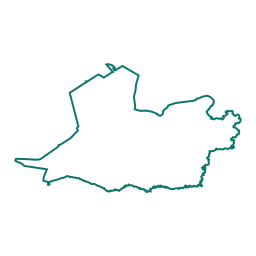 Smiltene, Smiltenes, Latvia
{"feature_id": "27541924B48400059741255", "entity_name": "Smiltene", "entity_type": "district", "adm_level": 2, "iso_a3": "LVA", "parent_name": "Latvia", "parent_adm1": "Smiltenes", "projection": "natural_earth1", "projection_center": [25.912, 57.423], "detail": "fine", "context": "isolated", "style": "outline", "palette": "teal", "viewbox_px": 256, "rotation_deg": 0, "n_neighbors": 0, "source": "geoboundaries", "source_scale": "gbopen_adm2", "svg_char_len": 5981}
<svg xmlns="http://www.w3.org/2000/svg" viewBox="0 0 256 256"><path d="M103.2,188.3L103.8,188.5L104.1,188.3L104.8,189.3L106.4,190.3L106.4,190.5L106.9,191.0L107.3,191.2L107.7,191.1L108.3,191.4L108.8,191.4L108.6,191.0L109.0,190.9L110.0,191.0L110.9,190.6L111.8,191.0L112.2,190.6L114.2,190.4L114.6,190.3L114.5,190.0L115.2,189.3L116.1,189.7L116.4,190.1L118.1,190.1L118.1,190.3L119.2,190.9L119.4,190.7L119.4,190.3L120.7,189.7L120.8,189.2L122.0,188.6L122.5,187.9L124.2,187.5L125.1,187.0L125.2,186.8L124.1,186.7L124.3,186.3L124.8,186.3L125.0,185.8L126.4,185.3L126.7,185.5L126.7,185.8L128.3,185.5L128.6,184.7L129.4,185.2L132.3,185.4L133.4,186.2L133.6,186.7L134.3,186.4L135.1,186.5L137.2,187.0L137.6,187.6L139.4,188.0L139.4,188.5L139.7,188.8L140.6,188.4L141.0,188.6L140.7,188.9L140.8,189.0L141.3,188.9L141.7,189.2L142.5,189.3L143.3,189.1L143.3,189.3L144.5,189.7L144.6,190.3L144.7,190.5L145.5,190.2L145.8,190.5L145.6,190.6L145.8,190.7L146.7,190.9L146.5,191.7L147.2,191.6L147.7,191.9L148.1,191.4L148.7,191.2L149.3,191.1L149.8,191.2L149.5,190.8L149.5,190.6L150.6,190.6L150.6,189.5L150.4,188.9L151.3,189.0L151.9,188.4L153.2,188.2L153.1,187.2L154.2,187.3L154.3,187.2L154.1,186.8L154.3,186.4L154.9,186.4L155.1,187.7L155.7,187.8L156.0,187.6L155.8,187.2L157.7,186.5L158.0,186.2L157.9,185.8L158.1,185.7L158.8,186.4L158.4,186.5L158.7,187.0L159.1,186.7L159.4,186.3L160.3,186.7L160.5,185.7L161.3,185.9L161.8,186.6L162.7,186.5L163.0,187.1L164.0,186.7L164.5,186.8L164.6,187.3L165.2,187.6L165.4,187.5L165.4,186.9L165.7,186.7L167.5,187.4L167.4,187.8L167.7,187.9L168.4,187.8L168.6,188.3L170.5,188.9L171.6,188.9L172.3,189.2L172.8,188.9L173.7,189.0L175.3,188.4L178.1,188.3L178.5,188.8L179.6,187.8L180.0,188.2L181.1,187.9L181.8,188.0L182.3,187.7L182.7,188.0L183.4,188.0L184.6,187.0L184.8,186.3L185.4,185.6L186.1,185.7L186.0,186.2L186.2,186.5L186.7,186.4L186.9,186.7L186.2,187.0L186.2,187.4L187.2,187.4L187.6,187.2L188.9,187.2L189.1,187.0L188.5,186.5L188.7,186.1L189.6,185.6L190.7,186.4L191.4,186.5L191.8,187.0L192.5,186.8L193.6,185.8L196.3,186.7L196.6,186.3L197.3,186.3L198.0,185.7L198.6,185.8L198.8,185.6L198.2,185.0L198.4,184.8L200.7,185.5L201.0,186.0L201.9,186.0L201.8,185.3L200.8,184.1L200.0,183.8L200.4,183.3L200.1,182.9L200.3,182.6L200.9,182.5L201.3,182.1L200.5,181.5L200.4,181.0L201.1,180.5L202.2,180.3L202.6,179.3L202.6,178.5L201.6,178.1L201.3,176.7L201.8,176.2L202.1,175.3L202.5,175.1L203.5,175.2L203.8,175.0L203.2,174.1L203.3,173.8L203.0,173.7L202.9,173.4L203.2,173.1L205.0,172.6L205.2,172.3L204.8,170.8L205.3,170.0L205.0,169.7L203.1,169.5L202.9,169.1L203.4,168.6L203.5,168.1L202.3,168.3L202.1,167.9L202.7,167.6L202.9,166.9L203.3,166.7L203.6,166.7L204.9,168.1L205.4,168.0L205.1,167.0L204.4,166.4L204.3,165.8L205.0,165.3L206.0,164.9L208.3,164.7L208.8,164.1L208.9,163.9L208.7,162.7L208.7,161.0L208.5,160.3L209.0,159.8L209.0,159.5L207.8,158.9L207.1,158.2L207.6,157.3L209.1,156.5L209.2,156.3L208.8,155.6L209.0,154.2L209.2,153.6L209.9,153.1L210.1,152.7L210.0,152.3L209.5,151.5L209.6,151.2L209.9,151.1L210.5,151.2L211.6,151.0L212.7,151.1L214.0,150.8L215.6,149.8L216.2,148.7L216.5,148.6L217.2,149.3L220.5,149.1L221.4,149.4L222.2,149.2L223.1,149.4L225.0,148.3L227.9,149.0L229.9,148.0L231.9,148.5L232.9,147.8L233.9,147.6L234.0,146.9L233.8,146.7L231.6,146.5L231.2,146.2L231.5,145.7L233.0,145.2L233.2,144.9L233.5,143.8L233.9,143.3L234.1,142.7L233.7,141.7L234.2,140.5L233.7,140.1L233.3,140.0L231.8,140.4L231.3,140.3L231.1,138.9L233.3,137.1L234.7,137.5L235.6,137.1L236.0,136.4L237.0,135.3L236.8,134.6L237.9,134.5L238.9,134.0L239.3,133.3L239.2,132.9L238.6,132.0L239.1,130.5L238.9,130.3L238.6,130.4L237.7,130.0L237.5,129.3L236.2,128.2L233.5,127.1L233.5,126.0L235.5,124.7L235.5,124.3L235.2,123.9L235.4,123.6L236.2,123.4L236.8,122.8L237.1,122.7L238.7,123.2L239.9,122.0L240.5,121.1L240.6,119.3L240.5,118.8L238.8,118.5L238.7,118.3L239.4,117.0L239.4,116.3L239.0,115.5L238.1,114.5L237.2,114.6L235.8,115.7L235.1,115.9L234.4,115.7L234.1,114.9L232.7,114.0L232.4,113.5L232.8,112.9L232.7,111.8L232.1,110.9L231.7,110.9L230.6,111.3L229.2,111.2L227.3,110.8L225.8,111.7L225.6,112.1L226.0,113.0L227.5,113.3L227.5,113.9L226.6,114.9L225.2,115.7L223.0,116.1L222.9,116.5L224.0,117.7L222.5,119.5L221.9,119.4L221.2,118.5L220.7,118.4L220.0,118.5L219.4,118.9L218.2,118.7L217.3,118.2L216.0,118.2L215.3,118.5L214.3,119.3L211.0,118.6L211.9,117.3L210.0,116.4L208.4,115.0L206.8,112.4L206.7,111.8L206.9,111.2L207.9,110.2L208.3,110.1L208.4,109.6L208.8,108.9L209.9,108.1L210.7,106.2L210.9,105.9L212.3,105.7L212.5,105.4L212.5,104.4L213.1,104.1L213.5,103.5L213.7,102.1L214.0,101.6L213.2,99.7L210.7,97.3L208.6,96.2L208.1,96.2L207.7,95.9L206.8,95.7L205.9,96.1L204.0,96.3L201.6,97.0L199.6,98.1L196.6,98.8L196.2,99.1L196.1,99.6L195.8,99.8L194.2,100.5L192.6,100.9L175.7,103.0L168.4,105.4L167.1,107.7L164.9,109.2L163.0,111.2L163.1,113.1L162.7,114.2L160.2,115.8L158.3,115.2L157.5,113.9L156.7,114.1L155.8,113.2L151.7,111.7L147.0,110.7L140.0,110.8L134.7,109.2L135.1,105.8L133.9,96.8L135.6,89.8L135.9,85.2L138.6,75.4L122.4,66.0L114.9,70.5L114.1,69.8L113.8,69.3L113.9,69.1L114.7,68.3L114.9,67.9L114.8,67.7L113.4,67.9L113.6,66.8L113.4,66.3L113.1,65.9L110.5,64.6L108.3,64.4L107.7,64.1L106.4,64.5L112.9,72.0L111.9,72.4L103.8,77.6L100.4,75.5L98.3,74.5L87.1,81.6L86.6,81.5L86.8,81.8L69.7,92.8L78.3,126.1L78.4,126.6L77.2,127.5L76.9,128.4L77.8,130.6L70.5,138.2L60.4,144.6L58.7,145.2L59.0,145.6L57.2,147.4L40.5,159.1L37.8,159.7L36.2,159.7L25.8,159.1L16.8,158.8L15.8,159.0L15.4,160.9L21.6,163.6L23.4,165.0L24.3,165.9L46.9,169.3L43.8,176.9L43.3,180.5L45.5,181.4L48.4,182.0L47.9,184.7L49.1,184.9L49.4,184.7L49.2,183.7L49.2,182.9L49.8,182.2L50.8,181.4L58.6,179.2L61.7,178.0L63.0,177.7L63.4,178.0L66.6,176.3L67.7,176.1L68.8,176.4L70.1,177.2L71.0,176.9L72.3,177.0L73.2,177.5L74.1,177.7L75.4,177.5L76.7,178.1L78.3,178.0L79.4,178.4L79.8,179.0L81.0,179.1L81.8,180.0L83.3,180.4L83.6,180.8L84.0,180.6L84.7,181.3L85.3,181.2L88.5,182.3L90.1,183.3L92.0,184.1L92.2,183.9L94.6,184.0L97.1,185.4L100.3,186.6L102.9,187.9L103.2,188.3Z" fill="none" stroke="#0f766e" stroke-width="2"/></svg>